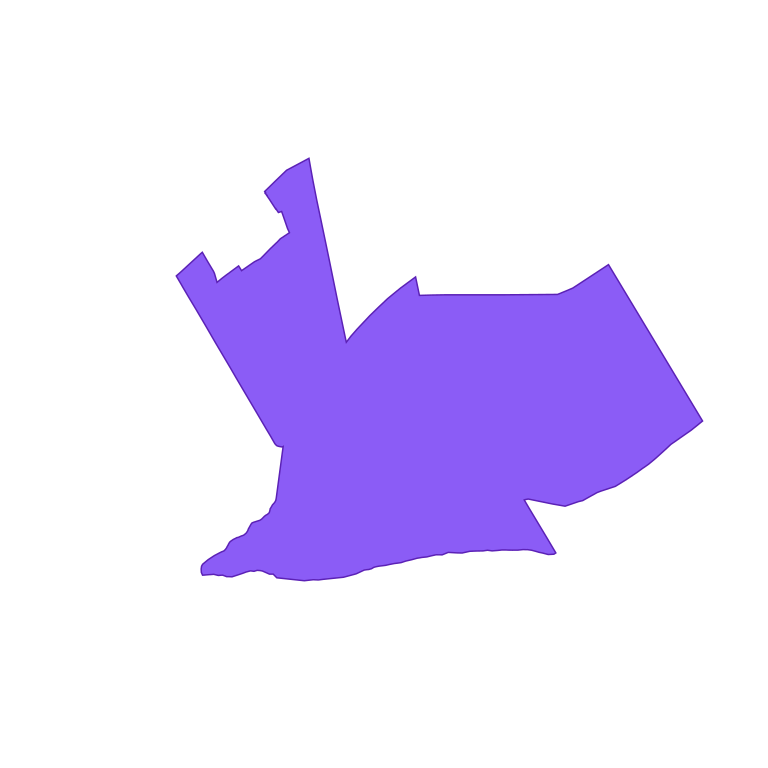 Rivadavia, San Juan, Argentina, rotated 239°
{"feature_id": "61730980B90561116594730", "entity_name": "Rivadavia", "entity_type": "district", "adm_level": 2, "iso_a3": "ARG", "parent_name": "Argentina", "parent_adm1": "San Juan", "projection": "orthographic", "projection_center": [-68.638, -31.547], "detail": "fine", "context": "isolated", "style": "filled", "palette": "violet", "viewbox_px": 768, "rotation_deg": 239, "n_neighbors": 0, "source": "geoboundaries", "source_scale": "gbopen_adm2", "svg_char_len": 3459}
<svg xmlns="http://www.w3.org/2000/svg" viewBox="0 0 768 768"><g transform="rotate(239 384 384)"><path d="M459.5,466.2L457.8,448.2L457.0,442.5L455.3,431.0L452.7,419.1L449.9,407.1L444.9,389.3L442.1,380.5L439.2,373.2L441.9,374.1L481.1,387.7L519.5,401.3L538.1,407.8L557.9,414.7L576.1,421.0L595.4,428.0L605.7,431.9L616.1,435.9L617.4,410.6L616.8,408.0L616.7,407.6L616.5,406.8L616.4,406.2L613.8,394.9L613.0,391.6L610.5,380.9L609.3,381.2L609.1,380.4L608.1,380.6L608.1,380.4L606.1,380.9L606.1,380.6L604.4,380.7L602.7,380.8L601.3,380.9L598.0,381.0L589.8,381.3L589.9,381.6L585.4,381.8L584.6,385.1L579.7,384.1L567.0,381.4L562.4,380.9L561.9,370.0L560.6,365.5L560.4,364.4L558.6,356.4L556.0,346.6L555.0,342.5L555.4,337.8L555.5,335.9L555.4,334.2L554.5,320.3L560.1,320.2L558.6,304.4L558.0,299.1L557.1,293.2L560.0,294.0L566.0,295.6L568.4,295.9L571.7,295.9L579.5,295.9L590.5,296.1L590.1,293.8L585.0,269.1L584.2,265.0L583.8,262.6L583.6,261.6L574.7,261.5L570.4,261.4L559.5,261.3L545.0,261.3L524.9,261.1L507.1,260.8L478.1,260.6L465.0,260.4L453.8,260.3L428.6,260.1L406.0,259.9L398.1,259.9L389.2,259.7L387.8,259.9L386.2,260.4L385.0,261.4L383.8,262.7L383.3,263.3L382.8,263.9L382.6,264.2L382.5,264.5L382.3,265.0L382.3,265.3L341.6,232.8L340.3,231.6L339.9,231.2L338.8,229.3L338.2,227.5L337.9,226.3L337.0,224.7L336.3,223.5L335.7,222.2L334.6,221.3L332.9,219.5L332.8,219.4L332.3,216.9L332.4,215.3L332.2,213.4L331.2,209.5L331.1,207.5L332.6,201.2L332.9,199.3L332.4,198.0L331.1,195.7L329.5,192.9L328.5,191.8L327.3,189.4L327.2,189.0L326.9,187.4L326.8,186.5L326.7,185.7L327.2,183.4L327.6,180.1L328.1,178.8L328.2,176.8L328.4,174.8L328.2,171.6L327.9,170.2L326.7,168.0L326.3,167.5L326.1,167.2L325.4,165.8L324.6,164.6L323.9,162.9L323.4,161.0L323.5,159.9L323.8,158.3L324.0,155.6L324.2,151.9L324.3,150.2L324.0,142.9L322.9,135.7L321.8,133.8L319.6,132.0L316.6,130.4L313.6,130.0L312.4,132.3L312.2,132.8L310.2,136.8L309.7,137.7L308.6,140.0L305.3,143.3L304.8,144.2L304.3,145.3L304.1,145.7L303.2,147.3L299.9,149.9L298.7,151.9L297.0,154.4L295.5,160.9L294.5,165.4L293.8,169.2L293.6,169.8L292.6,173.3L290.4,176.1L289.6,179.3L287.9,181.7L286.4,183.4L282.6,186.1L280.0,187.9L278.1,191.1L273.1,192.3L263.8,204.6L256.4,214.4L252.7,222.5L249.8,226.9L247.7,231.7L247.5,232.1L239.2,249.8L236.2,260.3L235.6,262.5L234.7,271.2L233.8,273.4L232.8,275.5L232.4,277.1L232.1,278.1L232.1,280.9L231.5,283.0L230.4,286.0L227.8,291.8L226.3,296.3L224.8,300.4L223.6,303.1L222.1,306.6L221.0,311.5L219.1,317.3L217.6,322.7L216.4,325.6L216.2,326.2L215.9,327.0L213.7,331.7L212.5,335.6L210.8,340.7L208.7,344.1L207.6,345.9L206.9,350.3L206.6,352.3L201.9,359.2L198.9,363.9L196.4,371.4L193.7,376.4L189.9,383.0L188.2,387.1L185.3,390.7L182.7,395.9L181.0,399.6L178.7,403.4L178.0,404.4L175.5,408.4L172.7,413.1L170.4,418.0L168.8,420.5L168.1,421.7L165.5,424.9L162.6,427.7L159.9,430.2L158.4,431.8L157.7,432.6L153.3,436.9L152.1,439.1L150.6,442.0L150.7,444.3L168.1,444.4L170.7,444.4L203.9,444.4L212.4,444.5L212.2,445.5L211.1,448.4L204.3,455.8L194.4,466.6L186.0,476.3L183.0,490.2L181.7,494.3L181.6,498.3L181.4,504.7L181.3,506.6L181.2,510.7L180.5,514.6L178.2,524.8L177.1,529.6L177.3,542.8L177.9,555.4L178.5,562.0L178.6,564.3L179.0,569.6L179.6,573.6L180.5,579.2L183.3,593.3L184.5,598.8L185.3,610.4L185.6,614.8L186.2,623.6L187.8,635.2L188.2,638.0L370.7,637.9L369.6,611.0L369.0,595.2L370.1,587.3L371.4,578.9L378.3,567.2L378.7,566.5L399.1,532.0L428.9,482.4L435.1,471.7L441.7,460.0L459.5,466.2Z" fill="#8b5cf6" stroke="#5b21b6" stroke-width="1.5"/></g></svg>